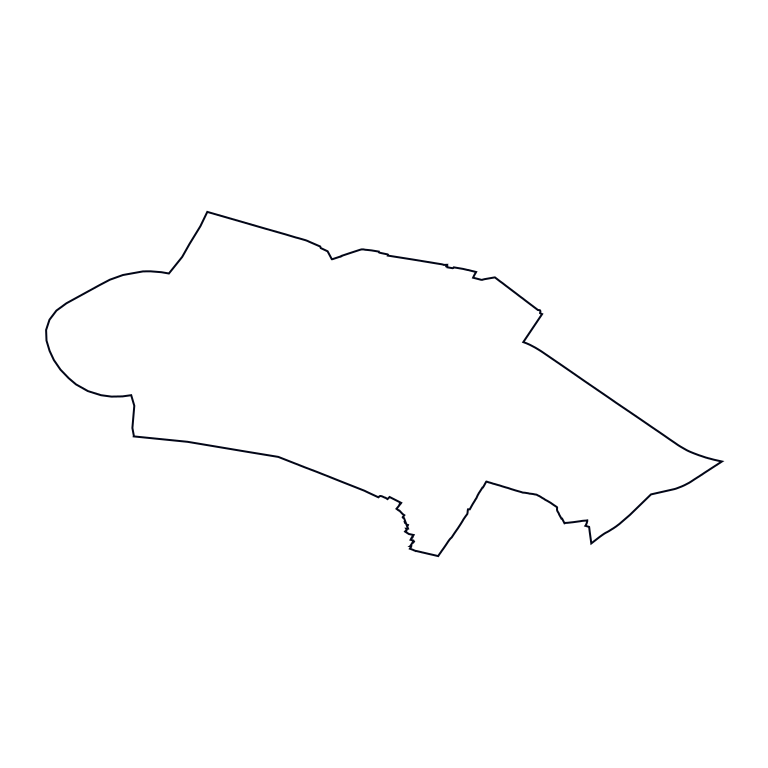 Velsen, Noord-Holland, Netherlands (Robinson projection)
{"feature_id": "6326949B54976538615964", "entity_name": "Velsen", "entity_type": "district", "adm_level": 2, "iso_a3": "NLD", "parent_name": "Netherlands", "parent_adm1": "Noord-Holland", "projection": "robinson", "projection_center": [4.642, 52.452], "detail": "fine", "context": "isolated", "style": "outline", "palette": "ink", "viewbox_px": 768, "rotation_deg": 0, "n_neighbors": 0, "source": "geoboundaries", "source_scale": "gbopen_adm2", "svg_char_len": 5791}
<svg xmlns="http://www.w3.org/2000/svg" viewBox="0 0 768 768"><path d="M207.3,211.9L200.4,226.2L189.6,243.8L182.2,256.9L168.9,273.5L161.4,272.2L150.3,271.3L143.0,271.4L123.0,275.0L109.9,279.7L99.6,285.1L66.4,303.3L56.4,310.6L49.5,319.7L46.1,330.0L46.5,340.6L49.6,350.9L53.9,360.1L60.5,369.7L68.7,378.2L76.0,384.4L87.9,391.1L101.0,395.2L111.4,396.6L122.5,396.4L131.2,395.2L134.3,405.8L132.4,428.0L133.8,435.6L133.7,436.4L187.5,441.8L247.2,451.8L278.3,456.9L304.5,467.2L316.9,471.9L343.3,482.4L356.0,487.4L364.6,490.8L366.2,491.6L368.5,492.7L375.6,496.0L378.4,497.3L379.3,496.5L379.6,496.2L380.1,496.1L380.6,496.0L381.0,496.1L381.9,496.3L382.4,496.5L384.1,497.3L384.7,497.6L385.4,497.7L387.5,499.1L389.6,497.0L401.2,502.9L400.7,503.6L400.0,503.6L399.9,503.6L399.4,504.8L399.6,504.9L398.7,506.1L396.5,508.8L398.5,510.3L399.2,510.5L399.3,510.7L399.5,510.7L402.4,513.8L403.0,514.3L404.0,515.0L404.3,515.2L403.3,516.5L402.9,516.9L402.7,517.2L403.1,517.8L404.0,518.1L405.2,521.2L404.6,521.7L405.1,522.9L405.8,522.8L406.1,523.7L406.4,524.5L408.0,525.0L407.9,525.3L407.8,525.5L407.7,525.6L407.3,525.7L407.1,525.8L406.9,525.8L407.0,526.1L408.1,528.7L407.8,528.8L407.6,528.9L407.3,528.9L407.0,528.9L406.7,528.8L406.5,528.7L406.2,528.7L406.4,529.0L406.4,530.0L406.1,530.5L405.7,530.9L406.3,531.0L406.2,531.3L406.0,531.6L406.2,532.0L405.9,532.1L408.1,533.5L408.7,533.9L409.1,534.1L409.4,534.1L411.2,534.5L412.2,534.7L413.6,535.0L412.7,536.6L412.4,536.6L411.6,537.9L411.9,538.0L411.5,538.4L410.6,539.8L411.3,540.0L412.6,540.4L412.5,540.5L412.9,540.7L413.0,540.9L413.2,540.7L414.0,541.5L413.3,542.5L412.7,542.3L410.6,545.6L410.8,545.7L410.4,546.0L410.6,546.0L410.9,546.2L411.0,546.2L411.0,546.3L411.2,546.7L410.5,547.7L409.9,548.7L412.9,549.8L413.9,550.3L414.5,550.5L414.8,550.6L415.6,551.0L415.8,551.1L416.3,551.0L421.5,552.2L421.7,552.3L423.2,552.6L428.7,553.9L432.7,554.8L438.2,556.1L438.5,555.6L440.1,553.2L440.6,552.6L441.5,551.2L442.3,550.1L443.6,548.3L445.6,545.4L447.6,542.4L447.9,541.9L448.4,541.2L449.4,539.8L450.4,538.6L451.7,537.4L454.4,533.3L457.1,529.4L457.7,528.6L458.8,526.9L460.5,524.3L462.3,521.4L463.0,520.2L463.3,519.6L465.5,516.4L467.3,514.0L467.4,513.5L467.5,513.0L467.6,512.3L467.8,510.1L468.0,509.3L469.8,509.3L472.4,504.6L473.0,503.6L473.3,503.1L475.0,500.4L475.3,499.7L475.7,499.3L475.8,499.0L475.9,498.8L476.5,498.0L476.6,497.7L477.8,495.0L477.9,494.9L478.3,494.3L478.5,493.8L478.6,493.5L478.8,493.2L479.5,492.2L482.5,487.5L482.9,487.5L483.9,485.9L484.7,484.4L486.2,481.7L486.3,481.6L486.6,481.6L488.9,482.4L490.2,482.7L490.8,482.9L492.1,483.3L493.2,483.7L494.6,484.0L495.2,484.2L496.2,484.5L496.8,484.7L497.3,484.8L497.6,484.9L498.2,485.1L499.1,485.3L501.3,486.0L501.8,486.2L502.8,486.5L503.8,486.8L506.1,487.5L507.3,487.8L508.0,488.0L508.9,488.3L511.5,489.2L513.2,489.7L515.4,490.4L520.7,491.9L521.7,492.2L522.4,492.5L523.0,492.6L524.3,492.7L525.3,492.8L527.0,493.1L527.9,493.2L529.8,493.7L530.4,493.7L531.3,493.8L532.2,493.9L532.8,494.0L533.4,494.1L534.3,494.3L534.7,494.4L536.2,494.6L536.6,494.7L536.8,494.8L538.4,495.7L538.6,495.8L539.2,496.0L539.7,496.3L540.0,496.5L540.7,496.9L542.2,497.9L543.3,498.5L543.7,498.7L544.4,499.2L545.1,499.7L546.2,500.3L547.4,500.9L548.2,501.4L549.6,502.2L550.1,502.5L551.2,503.2L552.0,503.8L552.9,504.4L553.7,505.0L554.7,505.6L555.8,506.4L556.2,506.6L556.5,506.8L556.9,507.1L557.0,507.3L557.1,507.5L557.0,509.4L557.1,510.2L557.5,511.3L558.8,513.4L559.1,514.4L561.5,518.7L562.1,518.6L562.3,519.0L564.5,523.3L565.4,523.0L565.6,522.9L566.6,522.9L568.5,522.7L573.1,522.2L577.4,521.6L580.4,521.2L582.0,520.9L584.0,520.7L585.9,520.6L587.2,520.4L587.2,520.5L587.3,520.9L586.8,522.8L586.7,523.1L586.6,523.5L586.2,524.3L585.9,525.1L585.4,525.8L589.1,526.9L589.3,528.2L589.7,531.7L590.4,536.8L591.3,543.4L599.8,536.8L602.3,535.0L604.2,533.7L605.7,532.8L607.5,531.9L608.0,531.6L608.9,531.1L611.9,529.2L613.4,528.3L616.2,526.4L617.1,525.7L619.5,523.9L621.1,522.5L629.8,515.0L651.0,494.4L674.4,489.1L676.1,488.6L677.7,488.0L680.0,487.1L681.6,486.5L684.5,485.2L689.1,482.8L691.2,481.5L694.2,479.5L702.6,474.1L704.2,473.0L721.9,461.5L714.7,459.9L712.7,459.4L709.8,458.6L708.1,458.2L706.9,457.8L706.0,457.6L700.7,455.8L699.1,455.3L693.8,453.3L690.6,452.0L688.8,451.2L687.1,450.4L685.5,449.5L682.2,447.6L680.3,446.5L677.9,445.0L675.2,443.1L669.3,439.1L664.3,435.6L650.8,426.4L637.4,417.2L616.0,402.7L608.1,397.2L584.7,381.2L566.1,368.3L541.4,351.4L538.7,349.7L535.2,347.6L533.5,346.7L529.9,344.8L528.3,344.1L526.5,343.3L523.3,342.1L526.6,337.2L532.7,328.1L542.1,314.1L541.2,313.7L540.5,313.4L540.3,313.2L540.1,313.1L540.2,312.5L540.3,312.1L540.4,311.6L540.3,311.0L540.2,310.7L539.8,310.2L537.9,310.0L525.2,300.4L522.4,298.2L521.5,297.6L520.6,296.9L519.5,296.1L515.5,293.0L513.1,291.2L505.7,285.6L502.5,283.1L500.1,281.4L497.4,279.3L494.9,277.4L494.1,277.5L484.4,279.2L483.7,279.4L483.2,279.5L481.5,280.0L481.6,279.9L473.1,277.7L473.5,276.8L474.1,275.6L474.7,274.4L475.5,273.1L476.1,272.0L473.7,271.4L472.0,271.0L468.1,270.0L467.7,270.0L463.0,268.9L454.1,267.4L453.9,267.4L453.9,267.5L453.7,267.7L453.5,267.9L452.6,268.2L447.3,267.3L447.2,266.8L447.1,266.5L447.1,266.4L447.2,266.2L446.9,266.1L446.7,266.2L446.4,266.2L447.0,264.8L443.7,264.9L443.4,264.7L441.9,264.3L435.7,263.3L412.6,259.5L387.9,255.6L388.1,255.1L388.0,254.7L387.8,254.5L387.6,254.4L381.8,253.2L379.7,252.7L379.4,252.6L378.9,252.3L378.8,252.0L378.8,251.6L371.5,250.4L367.0,249.9L365.5,249.8L363.4,249.4L361.6,249.4L360.0,249.8L356.0,251.1L350.2,253.0L341.5,255.9L341.5,256.2L340.4,256.7L340.2,256.6L332.4,259.2L332.0,259.2L331.8,259.2L331.7,259.0L327.6,251.3L321.7,248.5L320.8,248.1L320.2,246.5L308.9,241.6L308.1,241.2L306.9,240.7L305.5,240.2L300.7,238.8L297.5,237.9L296.2,237.6L284.9,234.2L282.4,233.5L265.5,228.7L263.1,228.0L207.3,211.9Z" fill="none" stroke="#020617" stroke-width="2"/></svg>